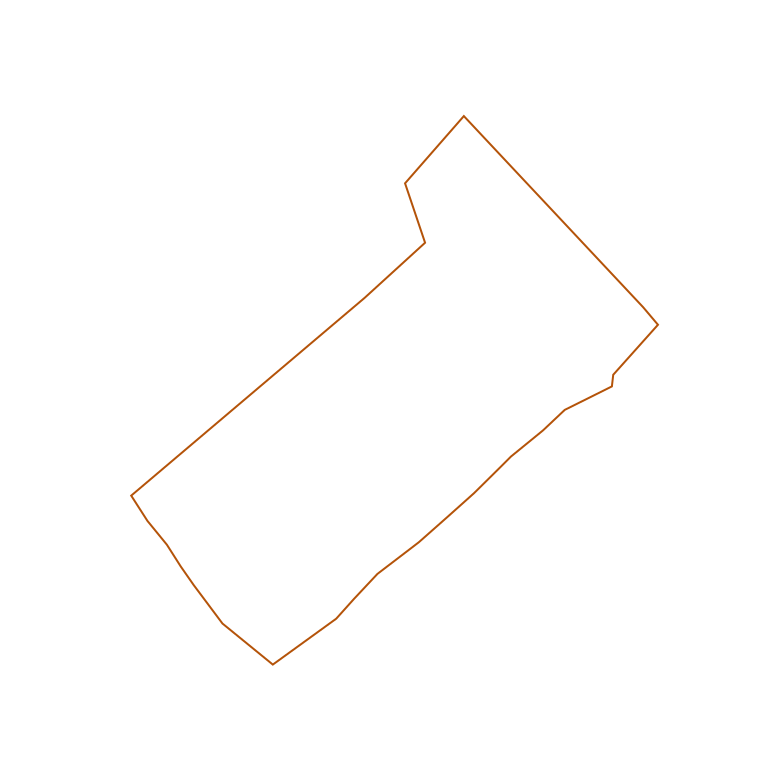 Tumaseu, Tuvalu, rotated 158°
{"feature_id": "33948139B75892049878834", "entity_name": "Tumaseu", "entity_type": "district", "adm_level": 2, "iso_a3": "TUV", "parent_name": "Tuvalu", "parent_adm1": "", "projection": "orthographic", "projection_center": [178.68, -7.489], "detail": "fine", "context": "isolated", "style": "outline", "palette": "amber", "viewbox_px": 768, "rotation_deg": 158, "n_neighbors": 0, "source": "geoboundaries", "source_scale": "gbopen_adm2", "svg_char_len": 478}
<svg xmlns="http://www.w3.org/2000/svg" viewBox="0 0 768 768"><g transform="rotate(158 384 384)"><path d="M660.2,375.2L654.6,345.6L645.5,316.3L640.8,290.9L635.8,269.0L623.5,222.4L592.2,165.5L516.2,184.3L492.1,196.1L461.2,210.4L411.1,224.2L377.7,236.0L341.3,249.1L308.5,262.8L293.4,269.2L254.0,281.4L226.1,292.3L173.6,296.4L168.0,306.7L107.8,336.3L115.0,358.2L209.6,602.5L289.3,562.2L293.0,499.6L369.8,471.1L660.2,375.2Z" fill="none" stroke="#b45309" stroke-width="2"/></g></svg>